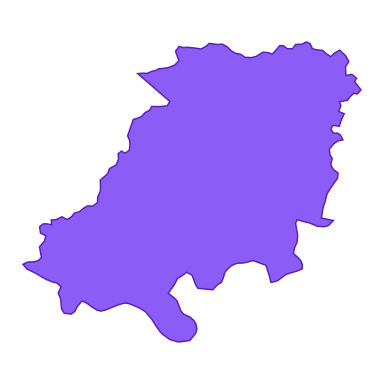 Porto Barreiro, Paraná, Brazil
{"feature_id": "56859067B98723098122563", "entity_name": "Porto Barreiro", "entity_type": "district", "adm_level": 2, "iso_a3": "BRA", "parent_name": "Brazil", "parent_adm1": "Paraná", "projection": "mercator", "projection_center": [-52.383, -25.592], "detail": "fine", "context": "isolated", "style": "filled", "palette": "violet", "viewbox_px": 384, "rotation_deg": 0, "n_neighbors": 0, "source": "geoboundaries", "source_scale": "gbopen_adm2", "svg_char_len": 2778}
<svg xmlns="http://www.w3.org/2000/svg" viewBox="0 0 384 384"><path d="M338.1,173.1L333.5,169.7L330.8,164.8L332.2,158.5L330.1,155.2L329.2,149.3L333.9,143.7L338.2,140.8L342.9,139.9L340.3,134.9L337.2,133.0L333.5,133.3L330.8,128.9L333.1,125.3L339.3,126.3L341.2,120.3L344.2,113.7L338.7,111.5L340.9,105.8L339.5,101.8L347.5,100.2L350.9,95.9L353.8,93.2L357.3,94.0L361.0,89.9L354.6,81.8L356.5,78.3L351.8,74.3L345.9,75.6L345.5,66.8L348.8,61.6L345.7,55.8L339.6,50.2L334.5,53.1L330.8,56.7L326.5,53.8L322.3,50.3L316.3,49.8L312.4,48.6L310.1,43.6L306.5,42.0L301.9,44.2L295.6,44.5L292.5,48.8L287.1,48.7L283.4,45.7L279.6,45.7L276.7,49.4L272.2,54.1L268.1,52.6L262.9,52.2L256.1,56.5L251.4,57.6L245.0,57.3L240.7,54.3L235.5,53.3L231.0,50.7L227.3,46.9L222.3,44.1L217.4,44.5L209.3,43.4L205.5,46.7L200.8,49.0L196.1,48.2L187.7,47.3L182.8,47.5L179.1,46.4L175.5,51.2L178.9,60.6L174.7,65.1L168.9,67.4L164.4,68.3L158.9,68.7L155.7,70.5L151.9,71.3L147.3,73.4L142.8,73.2L137.7,73.6L160.5,93.4L166.7,98.7L169.8,101.3L167.3,105.8L160.0,106.6L155.7,106.5L151.7,106.5L149.8,110.1L145.1,112.6L141.4,116.7L136.8,118.4L133.3,119.5L131.6,124.4L129.4,130.7L127.7,135.8L129.6,140.5L130.0,144.5L129.2,150.6L124.8,153.2L121.5,151.1L118.2,153.7L118.5,159.4L116.1,165.0L109.5,168.6L107.9,173.3L104.3,176.7L100.2,180.2L100.5,184.9L100.4,190.9L97.7,197.1L97.5,202.5L92.8,206.1L87.6,205.9L83.8,208.1L79.6,211.6L74.4,213.1L71.4,216.9L67.1,219.5L61.9,216.8L55.8,219.8L51.3,219.9L51.6,224.8L47.2,223.9L43.2,223.9L39.6,226.7L40.5,233.1L45.9,235.8L44.4,241.1L39.5,246.8L41.4,257.5L38.3,260.6L34.0,261.9L27.7,262.0L23.0,264.3L26.7,268.8L37.5,274.2L41.0,276.5L46.4,279.5L52.4,281.9L56.9,283.0L61.0,286.8L58.2,293.3L60.7,299.0L61.5,308.7L64.2,313.2L71.2,314.1L75.1,311.1L77.6,306.0L82.1,301.0L86.1,302.7L92.6,307.4L96.8,310.0L101.0,311.1L106.0,309.8L114.2,306.4L120.3,304.2L124.2,303.1L128.3,303.4L136.0,306.4L140.8,308.7L145.3,311.6L151.3,318.6L155.6,325.3L160.0,331.5L162.6,334.3L170.0,339.6L178.5,342.0L189.8,340.5L195.6,333.4L196.9,329.3L196.0,324.0L193.7,320.4L190.4,317.3L183.6,314.1L181.0,311.1L176.8,300.5L172.9,296.9L168.3,293.3L171.2,289.0L174.7,284.1L177.4,278.6L182.0,275.7L186.7,272.3L192.1,275.2L195.6,284.6L197.9,288.3L212.8,289.8L217.2,284.9L221.4,282.4L223.4,277.5L224.8,272.4L228.1,268.6L231.4,265.6L237.0,263.2L241.4,263.1L245.6,262.6L252.9,260.5L265.8,265.2L267.9,271.4L269.5,276.5L270.9,282.3L274.5,281.7L278.0,280.4L286.0,274.4L297.6,270.8L302.3,268.8L302.4,264.7L300.7,260.5L297.9,257.5L293.4,253.5L294.4,248.2L297.0,242.4L297.7,235.1L295.6,223.5L297.1,219.7L303.0,221.4L309.3,222.9L317.5,226.3L324.4,226.8L328.7,225.4L333.3,220.5L327.3,219.3L321.3,218.0L322.1,213.7L323.3,206.6L324.8,202.7L327.1,193.8L329.8,189.4L332.9,184.7L337.4,178.5L338.1,173.1Z" fill="#8b5cf6" stroke="#5b21b6" stroke-width="1.5"/></svg>